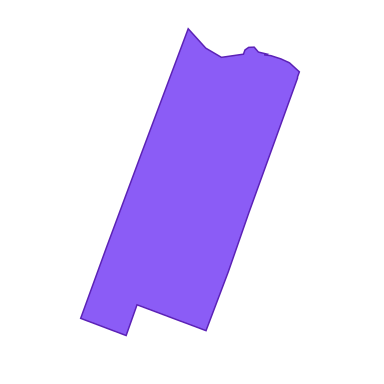 the district of Gasconade, Missouri, United States of America, rotated 20°
{"feature_id": "52423323B71639417282094", "entity_name": "Gasconade", "entity_type": "district", "adm_level": 2, "iso_a3": "USA", "parent_name": "United States of America", "parent_adm1": "Missouri", "projection": "mercator", "projection_center": [-91.491, 38.433], "detail": "fine", "context": "isolated", "style": "filled", "palette": "violet", "viewbox_px": 384, "rotation_deg": 20, "n_neighbors": 0, "source": "geoboundaries", "source_scale": "gbopen_adm2", "svg_char_len": 478}
<svg xmlns="http://www.w3.org/2000/svg" viewBox="0 0 384 384"><g transform="rotate(20 192 192)"><path d="M252.6,317.5L253.4,254.5L252.5,191.4L252.2,48.7L251.8,48.0L251.8,42.4L239.5,37.3L230.1,36.5L219.4,36.9L213.0,38.5L215.1,36.8L206.5,37.8L200.9,34.6L195.8,36.7L193.2,40.4L193.2,44.9L173.6,55.4L155.7,52.1L132.6,39.9L131.3,174.1L131.2,189.6L130.6,273.3L130.6,348.8L136.9,348.9L179.2,349.4L178.9,316.8L252.6,317.5Z" fill="#8b5cf6" stroke="#5b21b6" stroke-width="1.5"/></g></svg>